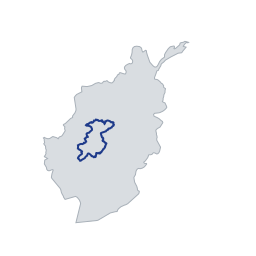 Ghor on a map of Afghanistan (Natural Earth projection), rotated 335°
{"feature_id": "AFG-1747", "entity_name": "Ghor", "entity_type": "Province", "adm_level": 1, "iso_a3": "AFG", "parent_name": "Afghanistan", "parent_adm1": "", "projection": "natural_earth1", "projection_center": [65.091, 34.196], "detail": "fine", "context": "in_parent", "style": "outline", "palette": "blue", "viewbox_px": 256, "rotation_deg": 335, "n_neighbors": 0, "source": "natural_earth", "source_scale": "10m", "svg_char_len": 8143}
<svg xmlns="http://www.w3.org/2000/svg" viewBox="0 0 256 256"><g transform="rotate(335 128 128)"><path d="M113.1,74.2L117.5,73.8L120.6,74.4L122.2,76.0L123.7,76.4L125.3,75.6L126.2,75.5L126.6,76.0L127.4,76.2L128.5,76.1L129.2,76.5L129.4,77.5L130.2,78.6L131.8,80.1L133.2,80.4L135.0,79.3L135.6,79.4L135.9,79.1L136.1,78.3L137.2,77.5L139.2,76.8L140.3,76.1L140.7,75.6L141.4,75.4L142.2,75.6L142.7,75.4L143.1,74.7L143.8,74.4L144.4,74.6L147.2,77.2L148.3,77.9L148.8,77.8L150.1,76.4L150.3,75.1L149.9,73.4L150.1,72.0L151.0,71.0L152.7,70.3L155.2,70.1L156.7,70.2L157.2,70.8L158.0,71.1L158.9,71.1L159.8,70.5L160.6,69.2L160.6,67.7L159.8,65.8L160.0,65.2L161.2,64.2L162.5,62.8L163.8,61.0L164.9,58.8L166.4,57.4L168.2,56.9L170.4,57.5L173.0,59.2L174.0,61.3L173.4,63.9L173.4,65.3L173.9,65.5L176.8,65.0L177.2,65.4L177.2,66.1L176.8,67.2L176.3,70.2L175.6,77.6L176.9,82.1L177.8,83.8L178.7,84.4L179.5,84.6L180.4,84.4L182.1,83.3L184.7,81.2L187.3,79.9L191.0,79.2L192.2,76.9L194.0,75.5L197.9,73.2L200.0,72.4L201.2,72.3L204.3,73.1L204.5,73.8L204.3,74.5L203.4,75.1L203.2,75.5L203.5,75.9L204.7,76.0L209.9,74.5L211.1,73.1L212.2,73.1L214.4,73.7L216.1,73.5L217.0,74.1L219.1,76.0L218.5,76.1L217.5,75.7L217.0,75.1L214.9,75.9L212.6,77.2L212.7,77.5L214.8,79.3L210.5,81.3L208.6,82.4L208.1,82.4L205.1,81.4L196.9,81.7L190.7,82.3L188.3,83.3L186.0,83.8L184.9,84.3L184.1,85.4L180.7,87.7L180.1,88.5L178.2,88.5L176.2,90.7L173.4,93.4L172.8,94.7L173.2,95.3L174.8,96.3L175.5,97.2L176.7,99.8L177.1,101.6L177.8,102.4L178.2,104.6L177.6,105.9L177.6,106.5L178.6,108.1L178.3,108.6L177.6,109.4L176.5,111.5L174.5,113.1L173.7,114.5L172.3,116.0L171.7,117.3L171.1,118.0L170.4,118.4L170.6,119.1L171.2,119.9L172.1,120.9L172.1,124.8L171.7,125.9L169.1,127.0L166.6,127.5L163.6,127.5L162.4,127.3L158.2,125.9L156.8,126.6L156.6,128.3L159.0,131.1L160.1,132.7L161.2,135.3L162.0,136.6L161.8,137.9L157.4,140.7L154.7,140.9L152.9,141.4L152.1,142.1L151.5,145.0L150.9,146.1L150.9,147.4L150.4,148.9L149.5,149.8L148.9,151.3L149.4,159.1L147.0,162.2L145.6,163.4L144.2,163.9L143.1,163.7L141.7,161.9L140.7,161.2L139.7,161.4L138.7,162.0L137.2,161.8L135.8,161.2L135.1,161.2L134.7,161.9L133.3,163.2L129.7,165.2L128.3,165.4L127.7,165.9L127.9,166.7L128.5,167.4L129.7,167.9L129.7,168.5L127.9,169.5L126.1,170.2L123.9,170.4L121.7,170.0L120.6,169.1L119.3,169.1L118.0,169.7L116.8,170.8L115.0,173.5L112.5,175.2L111.9,177.0L111.1,180.0L111.3,184.5L111.0,186.5L110.5,187.9L110.6,188.9L111.5,190.1L111.1,190.8L110.4,191.7L109.7,192.2L95.7,196.5L93.4,196.6L92.3,196.4L88.3,196.4L86.6,196.8L85.0,197.3L83.8,198.1L82.8,199.1L81.2,198.5L76.0,197.5L61.8,198.9L60.5,198.6L40.8,191.8L53.1,176.5L53.4,175.2L53.5,172.7L52.7,169.4L51.5,167.8L40.8,166.1L40.4,163.5L40.6,162.3L40.4,160.1L40.4,158.3L41.0,155.5L41.0,154.2L37.7,141.5L37.7,140.3L39.8,137.3L42.4,134.5L42.2,133.9L41.0,133.6L39.0,133.6L38.0,133.2L37.2,132.4L36.9,131.2L37.4,129.2L37.0,125.2L39.0,121.9L42.2,121.7L40.6,119.2L40.2,119.0L40.1,118.6L40.3,118.2L41.1,118.0L43.0,116.4L43.1,115.6L44.7,113.3L44.6,112.2L45.6,109.5L45.1,107.7L45.0,106.7L46.2,106.1L46.9,103.6L47.3,102.9L47.4,102.3L47.1,101.3L48.2,101.1L49.1,102.4L50.7,103.8L51.7,104.2L52.9,104.4L55.7,104.0L56.3,104.0L59.1,106.5L59.6,107.1L59.9,108.0L60.3,108.3L61.3,107.4L62.3,107.1L64.2,107.3L65.2,107.0L69.9,104.0L70.2,102.1L70.7,101.0L71.3,100.4L70.6,98.2L70.8,97.7L71.5,97.5L73.0,97.5L80.1,95.1L82.0,95.1L82.4,94.9L82.5,94.3L83.0,93.6L86.4,91.8L88.3,90.0L89.0,88.6L92.2,77.6L93.9,76.6L95.7,75.9L101.5,75.7L102.6,72.3L103.1,71.5L104.1,70.7L108.5,73.2L113.1,74.2Z" fill="#d9dde1" stroke="#a8b0b8" stroke-width="1"/><path d="M111.8,112.4L112.4,112.5L112.8,112.6L113.8,113.5L114.1,113.8L114.6,114.3L114.7,114.7L114.7,114.9L114.9,115.1L115.0,115.2L115.3,115.4L115.4,115.6L115.3,115.8L115.5,115.9L115.8,116.0L116.1,116.0L116.7,116.3L117.0,116.6L117.1,116.9L117.1,117.1L116.8,117.5L116.4,117.9L116.3,118.0L116.3,118.3L116.3,118.6L116.6,118.9L116.6,119.1L115.8,119.7L115.7,119.8L115.1,119.8L114.3,120.0L114.2,120.0L113.4,120.6L113.2,120.5L111.6,120.7L111.4,120.8L111.2,120.8L111.0,120.6L110.8,120.4L110.1,120.3L109.9,120.3L109.7,120.6L109.4,120.9L109.2,121.1L108.8,121.0L108.3,121.1L107.9,121.1L107.4,121.1L107.1,121.4L106.7,121.6L106.4,121.7L105.6,121.5L103.9,121.4L102.9,121.2L102.5,121.2L101.3,121.2L101.2,121.3L101.0,121.8L101.0,122.0L100.8,122.8L100.7,123.4L100.7,123.6L100.8,123.7L100.8,123.8L100.7,124.2L100.6,124.3L100.6,124.6L100.5,125.1L100.5,125.5L100.6,125.8L100.8,126.1L101.1,126.2L101.1,126.3L101.2,126.8L101.1,127.1L101.0,127.3L100.9,127.4L100.7,127.7L100.6,128.0L100.2,128.2L99.7,128.5L99.6,128.8L99.7,129.0L99.7,129.3L100.1,129.6L100.3,129.9L100.3,130.0L100.6,130.1L100.7,130.3L100.8,130.4L101.0,131.8L101.1,132.0L101.4,132.1L101.6,132.3L101.8,132.5L101.9,132.8L101.8,133.0L101.5,133.2L101.1,133.5L100.6,133.9L100.3,134.3L99.9,134.7L99.8,134.8L99.7,134.9L99.4,134.9L99.1,135.3L99.2,135.5L98.7,136.0L98.1,136.2L97.9,136.3L97.3,136.7L96.8,136.7L96.5,136.7L96.0,137.1L95.8,137.3L95.6,137.5L94.4,138.0L94.0,138.4L93.9,138.5L93.7,138.6L93.3,138.4L93.2,138.4L92.9,138.6L92.4,139.1L92.2,139.2L91.9,139.2L91.8,138.7L91.7,138.5L91.0,138.8L90.6,138.5L90.5,138.3L90.5,138.2L90.4,138.0L90.2,138.0L89.7,138.0L89.2,137.8L89.1,137.7L89.0,137.4L88.8,137.3L88.5,137.4L88.4,137.6L88.1,138.3L87.9,138.7L87.8,138.8L87.5,139.1L87.3,139.3L87.0,139.4L86.7,139.4L86.5,139.6L86.9,140.0L86.7,140.3L86.2,140.3L86.0,140.5L85.9,140.5L85.3,140.2L85.0,139.9L84.9,139.8L84.6,139.9L84.5,139.7L84.1,138.9L83.8,138.6L83.7,138.3L83.6,138.2L83.4,138.2L83.1,138.1L83.1,137.6L83.0,137.3L83.0,137.1L82.6,136.0L81.9,134.8L81.7,134.6L81.2,134.3L80.9,134.3L80.3,134.6L79.9,135.0L79.6,135.3L79.4,135.6L79.3,135.8L79.1,135.8L78.2,135.9L77.7,136.1L77.3,136.2L77.0,136.4L76.5,136.8L76.0,137.0L75.3,137.1L72.7,137.3L71.8,137.6L71.6,137.6L71.2,137.6L70.7,137.4L70.7,137.1L70.6,136.5L70.6,136.2L70.5,135.7L70.2,135.4L70.1,135.2L70.1,134.7L69.9,134.3L69.9,134.1L70.1,133.9L70.6,133.5L71.1,133.2L71.3,133.2L71.5,133.1L71.7,132.9L71.9,132.8L72.0,132.7L73.5,132.3L74.7,132.2L75.1,132.1L75.4,131.8L75.6,131.4L75.5,131.2L75.4,130.6L75.4,130.4L75.6,130.2L76.0,130.1L76.4,129.9L76.4,129.7L76.3,129.4L75.9,129.1L75.7,128.3L75.6,128.1L75.4,127.8L75.2,127.5L74.7,127.1L74.5,126.6L74.5,126.4L74.0,125.5L73.9,125.4L74.0,125.2L74.7,124.1L75.1,123.4L75.3,122.5L77.4,122.4L78.5,122.5L79.0,122.7L79.4,123.0L79.6,123.2L79.9,123.3L81.5,123.3L81.6,123.2L81.8,122.8L82.6,123.2L82.9,123.2L83.3,123.2L83.5,123.0L83.7,122.8L83.9,122.7L84.0,122.6L84.3,122.6L84.3,122.4L84.4,122.2L84.4,121.9L84.2,121.5L84.2,121.4L84.3,121.1L84.2,120.6L84.3,120.2L84.2,119.6L84.2,119.4L84.3,119.3L84.7,119.2L85.3,119.3L85.6,119.2L85.9,119.0L86.1,118.9L86.4,118.9L86.9,118.5L87.1,118.6L87.2,118.8L87.3,119.0L87.8,119.1L87.9,118.8L87.9,118.6L87.7,118.2L87.6,117.9L87.6,117.5L87.8,116.2L87.9,115.9L88.1,115.7L88.3,115.6L88.5,115.5L90.1,115.6L90.4,115.7L90.8,115.8L91.0,115.8L91.8,115.3L94.1,114.7L94.5,114.5L94.5,114.4L94.8,114.0L95.0,113.4L94.9,112.8L95.1,112.0L95.1,111.8L95.0,111.6L94.8,111.3L94.7,111.1L94.6,110.9L94.5,110.6L94.3,110.4L93.6,109.8L93.5,109.7L93.1,109.2L92.8,108.9L92.7,108.8L92.2,108.8L91.5,108.4L91.3,108.2L91.1,107.7L92.1,107.3L92.7,107.2L92.9,107.3L93.2,107.6L93.3,107.7L93.5,107.7L94.4,107.3L94.6,107.3L94.7,107.5L95.2,107.4L95.9,107.1L96.1,107.0L96.3,107.0L96.6,107.2L96.8,107.4L97.1,107.5L97.2,107.4L97.5,107.3L97.8,107.6L97.8,107.9L97.8,108.0L98.2,107.9L98.3,107.9L98.6,108.1L99.4,107.8L99.8,107.3L100.2,107.0L100.4,107.3L100.5,107.3L101.2,107.3L101.8,107.2L102.0,107.0L102.1,106.9L102.5,106.8L102.6,107.0L103.0,107.4L103.1,107.5L103.2,107.8L103.4,107.9L103.8,108.0L104.0,107.9L104.1,108.0L104.1,108.4L104.2,108.6L104.4,109.1L104.5,109.2L104.6,109.3L106.0,109.8L106.4,109.9L107.1,110.0L107.2,109.9L107.3,109.9L107.5,109.9L107.7,110.0L107.8,110.2L107.8,110.3L107.8,110.8L107.8,111.0L107.5,111.1L107.9,111.5L107.7,111.8L107.9,111.9L108.0,112.0L108.2,112.4L108.6,113.7L108.6,113.8L108.5,114.1L108.5,114.3L108.8,114.2L109.1,113.8L109.4,113.7L109.5,113.6L109.4,113.4L109.5,113.3L109.8,113.2L109.9,112.9L110.2,112.9L110.3,112.8L110.3,112.7L110.2,112.6L110.2,112.4L110.3,112.3L110.8,112.5L111.0,112.5L111.3,112.6L111.5,112.5L111.8,112.4Z" fill="none" stroke="#1e3a8a" stroke-width="2"/></g></svg>